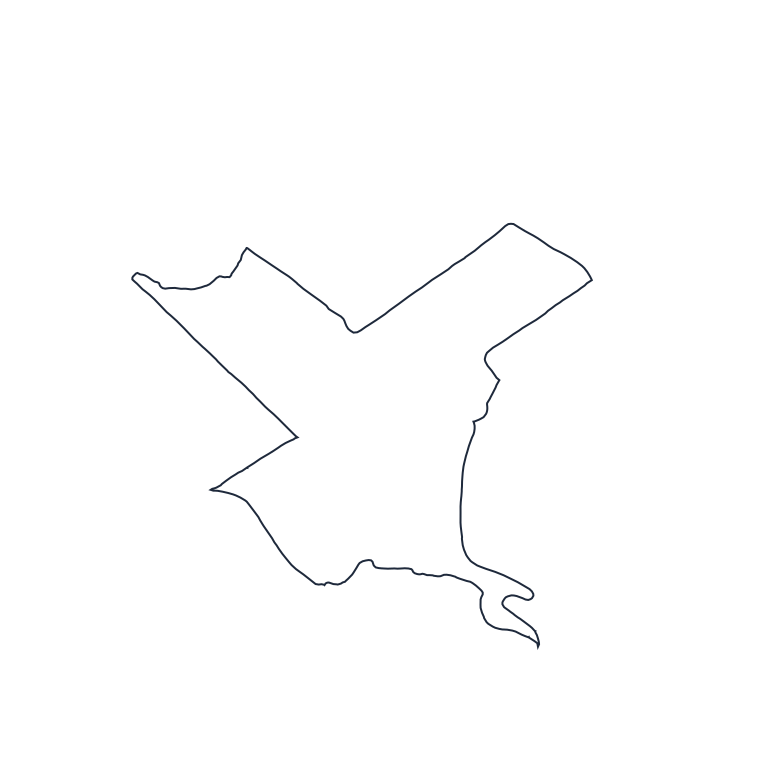 outline of La Ressource, Dennery, Saint Lucia, rotated 122°
{"feature_id": "8701671B86453873223968", "entity_name": "La Ressource", "entity_type": "district", "adm_level": 2, "iso_a3": "LCA", "parent_name": "Saint Lucia", "parent_adm1": "Dennery", "projection": "robinson", "projection_center": [-60.915, 13.943], "detail": "fine", "context": "isolated", "style": "outline", "palette": "slate", "viewbox_px": 768, "rotation_deg": 122, "n_neighbors": 0, "source": "geoboundaries", "source_scale": "gbopen_adm2", "svg_char_len": 5746}
<svg xmlns="http://www.w3.org/2000/svg" viewBox="0 0 768 768"><g transform="rotate(122 384 384)"><path d="M319.6,288.2L319.4,289.5L319.1,291.8L317.2,296.1L315.6,299.8L314.8,302.3L313.6,305.9L311.7,309.3L310.7,310.6L309.5,311.7L307.2,312.5L305.4,313.0L302.9,313.2L300.0,312.3L295.4,310.8L290.3,308.2L285.6,305.9L280.1,303.5L273.3,300.7L267.0,297.7L263.2,296.2L256.5,292.8L249.1,289.0L241.8,285.9L238.7,284.6L235.0,283.7L230.9,282.0L226.1,280.2L221.6,278.0L218.3,276.8L211.2,273.3L206.6,271.3L202.5,269.3L198.3,267.8L194.2,266.0L191.0,265.3L185.8,262.8L185.0,264.0L183.6,266.3L181.3,270.9L179.6,275.5L178.9,278.7L178.3,284.8L178.1,292.4L178.4,299.7L178.7,304.1L179.6,311.6L179.6,317.7L179.2,323.4L178.9,330.8L179.0,336.0L179.3,340.3L179.6,345.6L179.7,352.2L179.7,356.8L179.7,358.9L180.9,361.3L182.5,363.3L185.8,364.9L193.3,367.0L199.1,368.9L206.2,371.6L209.9,373.2L214.9,375.1L217.8,376.0L223.0,377.7L229.2,380.4L233.4,382.2L234.5,382.3L240.1,385.1L244.9,387.6L247.8,388.8L252.6,390.2L260.5,393.8L266.4,396.6L270.2,398.4L274.4,400.0L282.1,403.0L288.8,406.1L296.6,409.4L308.1,413.9L318.5,418.2L324.1,420.1L334.3,424.6L342.0,428.2L345.5,429.9L350.8,432.1L354.3,434.1L356.6,437.1L356.6,440.7L356.2,443.6L354.7,446.6L353.0,449.0L351.3,451.2L350.3,453.0L349.6,456.2L349.7,463.8L349.7,470.6L349.2,471.8L348.1,474.4L347.3,482.4L346.6,494.1L346.0,502.9L345.4,507.0L344.9,510.5L344.6,511.4L343.7,517.5L343.3,521.2L343.2,523.5L343.1,531.0L342.9,535.8L342.7,542.5L342.4,550.5L342.3,556.0L342.1,562.5L341.7,566.8L341.5,568.4L341.2,571.9L341.5,572.6L343.2,572.5L346.7,572.9L350.0,572.8L354.7,571.2L358.9,571.6L361.1,571.0L368.7,571.4L370.1,571.6L371.8,571.6L372.8,571.2L375.2,571.6L376.4,573.8L377.8,575.5L378.7,577.6L379.1,579.2L379.9,580.6L382.8,582.2L386.7,583.1L391.8,584.8L394.7,586.6L395.5,587.5L399.0,590.3L402.6,593.8L403.9,595.0L406.0,597.8L408.3,602.7L410.9,606.7L412.0,609.2L413.3,612.2L416.6,617.1L419.1,620.1L420.0,622.6L419.8,624.7L419.3,626.1L417.7,628.3L417.8,630.1L418.8,632.9L418.8,635.1L418.4,641.0L418.6,644.3L419.1,646.2L420.2,648.8L420.4,651.3L420.5,652.0L421.8,652.9L425.9,653.8L427.2,653.7L428.7,652.8L429.3,649.8L429.8,646.6L431.6,639.0L432.0,634.9L432.6,630.0L433.8,623.7L435.9,615.4L438.2,606.4L439.0,600.9L440.3,593.5L442.7,583.1L444.9,574.6L446.4,568.9L447.2,564.3L448.6,557.6L449.1,554.4L450.4,547.5L451.0,544.8L452.1,539.5L453.0,536.7L454.1,531.7L455.7,524.1L456.3,522.4L456.5,518.9L457.4,513.6L458.5,505.5L459.6,499.9L460.8,495.4L461.9,489.8L463.4,484.8L464.5,479.7L466.2,472.9L467.0,468.6L468.1,461.6L469.4,455.3L470.7,449.8L472.6,441.6L474.2,434.6L475.0,430.9L475.1,429.1L477.5,430.9L478.8,431.3L481.5,433.2L486.2,436.2L490.9,438.6L494.0,439.9L499.5,442.4L504.6,444.9L512.8,449.2L520.0,452.3L527.0,455.7L527.5,455.4L527.7,456.0L533.0,458.3L536.4,460.6L539.3,461.9L544.1,464.3L549.7,466.6L552.6,467.7L554.7,468.5L556.5,468.8L557.1,469.2L560.8,471.3L562.4,472.6L563.9,474.1L565.6,474.9L564.9,472.2L563.9,470.6L562.7,468.4L560.9,463.9L559.0,458.4L557.6,453.5L557.0,450.6L556.4,445.6L556.3,440.1L556.5,438.1L557.6,435.0L559.7,429.5L561.6,424.6L563.4,420.0L565.3,416.7L567.2,412.9L568.4,410.4L571.0,404.4L574.1,397.2L576.4,393.0L577.7,389.6L579.6,385.7L581.8,380.4L583.5,375.6L585.3,370.3L586.5,366.5L587.6,360.6L587.9,356.4L588.2,351.5L588.9,344.9L589.9,336.0L589.5,335.1L588.7,333.1L586.9,330.9L586.0,328.5L586.1,327.9L584.1,327.8L583.3,327.4L582.5,326.8L581.6,325.6L581.0,323.1L580.5,320.9L579.0,318.0L578.6,317.0L577.4,315.9L576.0,314.7L574.2,313.9L572.4,312.3L570.9,312.0L568.1,311.2L562.5,310.0L559.9,309.9L554.5,309.9L550.7,310.0L548.7,309.8L545.7,308.2L543.3,305.9L541.4,303.7L540.4,301.5L540.8,299.6L541.7,298.5L543.2,296.7L543.6,295.6L543.9,293.7L542.9,290.9L541.6,288.3L538.6,282.9L534.9,277.4L533.4,274.6L531.1,271.3L529.3,268.8L527.5,265.5L526.5,262.6L526.9,261.2L527.9,259.7L528.2,257.7L527.6,255.2L526.8,253.3L525.9,252.1L524.6,250.9L524.0,249.4L523.3,246.3L521.9,244.0L520.4,241.2L520.3,240.3L518.6,236.5L517.7,235.1L517.0,234.2L515.1,232.8L514.0,232.0L512.5,229.7L511.0,226.3L509.6,221.2L509.7,220.2L509.0,216.7L508.6,215.1L507.2,209.5L506.0,206.0L505.9,203.5L506.2,199.3L506.9,195.1L507.6,191.8L508.5,189.8L510.1,188.8L513.2,188.5L515.5,187.9L520.0,185.2L522.7,183.4L526.0,179.7L528.5,176.0L529.5,175.0L531.6,170.8L532.1,168.5L532.1,163.3L531.8,160.5L530.6,156.5L529.5,153.7L527.1,149.4L525.1,144.5L524.2,141.2L523.6,134.4L523.0,130.7L522.3,127.3L521.8,127.1L522.2,126.6L522.3,120.1L522.5,117.5L522.6,116.6L525.2,114.2L522.5,114.6L520.6,116.1L518.3,118.5L515.9,121.3L514.8,123.3L513.8,124.7L513.4,124.7L513.5,125.3L512.4,129.3L512.0,132.0L511.6,136.6L511.4,139.0L511.0,144.1L511.0,147.0L510.7,150.8L510.4,152.6L510.2,156.2L510.0,157.9L509.7,162.8L509.6,163.9L508.1,166.8L506.7,167.7L505.5,168.0L502.5,168.0L501.5,167.9L500.2,167.6L498.5,166.5L495.9,164.1L494.6,162.0L493.5,159.1L492.2,153.0L491.8,149.8L490.7,147.2L488.8,145.7L487.2,145.0L484.4,145.1L482.9,146.2L481.5,148.7L480.8,151.9L481.0,159.3L481.2,165.6L482.1,174.6L482.8,181.2L484.4,190.1L486.7,199.6L487.9,205.5L488.5,208.8L488.4,214.7L488.2,216.8L486.7,221.0L485.5,223.6L482.1,228.4L479.0,231.8L474.0,235.9L472.4,236.7L468.9,239.6L464.3,243.3L461.1,245.6L458.2,247.4L451.9,251.3L447.3,254.2L443.5,256.3L439.9,258.1L438.2,258.9L434.0,261.1L432.2,262.2L429.9,263.4L425.0,266.3L420.3,268.8L417.4,270.3L412.0,272.8L409.3,273.8L405.4,275.1L401.8,276.3L396.9,277.6L391.7,279.1L385.7,280.4L382.9,281.0L379.3,281.4L376.9,282.1L374.0,283.4L371.4,285.0L369.5,286.9L368.5,288.2L367.7,287.3L364.0,284.6L362.0,283.4L359.4,282.0L357.6,281.8L355.1,281.6L353.5,281.9L351.5,282.6L350.0,283.4L348.5,284.4L346.7,285.8L345.6,286.4L340.4,286.4L339.0,286.6L334.8,286.9L327.8,287.5L325.3,288.0L320.5,288.2L319.6,288.2Z" fill="none" stroke="#1e293b" stroke-width="2"/></g></svg>